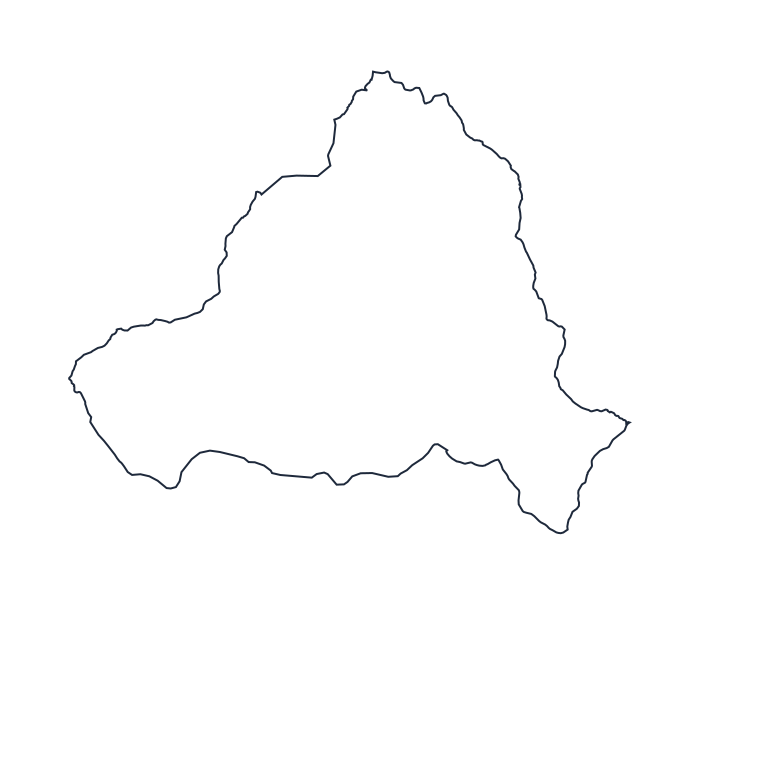 Botiza, Maramures, Romania (orthographic projection), rotated 316°
{"feature_id": "2599482B81010810269587", "entity_name": "Botiza", "entity_type": "district", "adm_level": 2, "iso_a3": "ROU", "parent_name": "Romania", "parent_adm1": "Maramures", "projection": "orthographic", "projection_center": [24.135, 47.644], "detail": "fine", "context": "isolated", "style": "outline", "palette": "slate", "viewbox_px": 768, "rotation_deg": 316, "n_neighbors": 0, "source": "geoboundaries", "source_scale": "gbopen_adm2", "svg_char_len": 6166}
<svg xmlns="http://www.w3.org/2000/svg" viewBox="0 0 768 768"><g transform="rotate(316 384 384)"><path d="M533.9,582.3L533.2,581.0L530.9,580.6L532.1,579.2L532.3,578.2L532.2,577.7L531.9,576.9L531.2,576.3L531.2,574.6L529.9,572.2L529.9,571.6L530.3,569.9L530.0,569.3L529.0,568.3L528.7,566.9L529.2,565.0L528.6,563.2L527.9,561.6L526.7,561.3L526.6,561.0L526.6,560.5L526.2,558.9L526.6,558.4L526.5,557.6L525.6,556.3L521.6,554.8L520.6,553.6L519.9,551.7L519.3,550.6L514.5,548.0L513.6,546.9L513.2,544.9L512.3,543.5L510.2,539.4L509.5,537.5L508.1,530.9L507.7,527.7L508.1,524.9L507.8,518.2L508.2,512.7L507.6,510.6L508.3,509.1L508.5,507.4L510.7,504.3L511.7,502.3L512.0,501.5L512.3,499.4L512.1,497.8L512.3,497.1L515.5,494.1L516.5,493.5L520.0,492.3L522.9,490.3L525.3,488.3L529.3,486.2L532.8,485.9L539.5,482.9L541.9,481.2L544.3,478.8L545.2,476.8L545.7,474.9L546.7,473.7L551.8,470.3L551.8,466.3L551.2,465.3L550.0,464.4L549.5,463.4L548.5,456.1L547.4,453.4L546.2,452.0L546.0,450.9L546.2,449.9L548.1,448.2L549.1,446.9L553.7,439.6L556.2,433.5L556.3,432.3L554.9,429.8L557.8,423.2L557.9,421.0L557.7,419.3L558.4,418.2L559.6,417.0L561.9,415.3L566.2,413.3L568.5,410.1L570.5,409.1L572.4,404.2L573.7,402.5L575.5,395.9L578.0,388.6L578.1,387.5L579.8,383.4L581.4,380.4L582.1,378.4L582.6,375.1L581.5,372.5L581.2,370.8L581.3,369.2L582.6,368.3L588.6,366.7L593.4,362.3L597.6,359.5L600.9,355.5L603.7,351.4L603.9,350.7L609.7,347.4L611.9,346.9L613.1,345.2L614.0,344.5L615.1,342.9L617.2,337.9L617.6,337.5L618.9,337.2L620.6,335.2L619.9,334.8L620.1,334.4L621.1,334.1L621.8,333.2L623.2,329.7L624.7,328.5L625.8,326.3L625.7,321.7L625.4,320.9L624.9,317.9L625.8,315.8L626.9,315.1L627.9,310.0L627.6,306.1L626.9,304.7L625.2,303.2L624.8,301.9L624.7,300.1L624.9,297.0L624.4,290.4L624.0,288.4L621.5,281.2L621.5,280.3L622.9,278.5L623.0,278.0L622.1,276.3L621.8,275.2L620.9,274.3L620.2,273.2L618.6,271.8L618.0,270.5L618.0,268.7L617.2,266.7L616.5,261.7L617.9,256.7L619.1,255.5L620.6,253.3L621.4,252.0L621.7,250.2L622.9,248.3L623.6,244.7L623.8,241.9L624.3,239.6L624.5,235.0L625.3,232.2L625.1,230.7L624.8,230.3L624.9,228.5L626.7,224.7L628.7,222.2L629.3,220.4L629.5,219.3L628.9,217.0L628.4,216.5L625.5,215.7L620.9,212.2L618.7,212.1L616.1,213.1L614.3,213.3L612.2,212.8L609.9,211.6L609.4,211.6L608.4,210.6L608.4,210.3L609.5,207.5L610.8,206.0L611.8,204.4L613.4,200.5L615.0,195.6L612.9,193.2L611.2,192.5L609.8,192.5L607.4,191.5L606.6,190.9L604.0,187.3L603.8,186.6L603.9,185.4L605.5,182.0L605.7,179.6L601.3,174.1L601.1,172.3L601.2,169.0L602.2,166.7L603.0,165.7L604.2,163.4L603.8,161.8L602.9,161.2L600.7,160.7L598.6,159.2L594.5,153.9L593.1,151.7L589.9,154.4L586.4,156.5L585.9,155.9L582.9,157.0L580.7,156.7L577.7,156.9L576.3,157.5L575.7,158.1L575.7,160.5L575.4,160.6L572.4,156.8L567.2,154.4L561.5,155.9L559.5,157.7L557.6,158.0L556.7,158.7L554.4,159.3L553.0,159.0L552.1,159.7L549.6,159.8L549.2,160.6L548.5,161.0L542.7,162.1L541.4,161.3L537.5,161.6L534.4,160.5L531.9,159.3L529.1,163.9L514.9,175.7L503.5,180.1L502.2,181.0L497.1,189.7L480.8,188.4L465.9,173.4L454.7,164.3L427.5,162.6L427.9,160.5L426.6,157.8L425.4,157.1L421.6,160.1L419.8,161.1L416.2,161.5L412.6,162.6L410.6,163.7L409.1,165.3L405.3,166.1L404.1,166.8L400.9,166.7L399.8,166.2L398.0,166.4L397.2,165.6L389.1,166.5L386.2,166.4L385.1,167.1L380.2,169.2L373.6,168.5L371.4,169.4L367.4,172.9L365.8,174.7L362.7,176.8L362.2,180.0L359.9,182.6L356.8,183.2L354.7,183.3L351.0,184.6L349.1,184.5L347.2,184.9L344.4,186.4L341.8,188.9L340.3,191.2L336.1,195.7L331.6,201.2L330.5,203.1L329.6,203.7L327.4,204.0L322.4,202.8L318.9,202.7L313.4,201.0L309.7,201.6L305.6,204.3L301.7,204.3L299.2,203.3L296.6,201.8L288.2,198.8L278.2,192.5L273.3,191.5L272.0,190.5L271.5,188.8L270.3,186.7L267.9,183.0L266.2,181.1L265.1,179.3L264.1,178.9L261.9,178.8L259.8,179.3L255.1,177.9L254.0,176.7L252.7,176.0L249.8,173.1L243.9,169.0L241.3,167.7L236.7,167.4L234.5,165.2L233.5,163.2L233.4,161.6L230.5,159.6L229.5,159.2L228.9,160.0L226.9,160.8L224.9,160.8L222.7,159.8L219.6,160.6L218.3,161.5L216.3,161.4L212.8,162.2L209.6,162.3L207.0,161.5L203.2,159.3L197.3,157.8L195.4,157.6L188.4,154.5L184.8,154.5L178.2,153.7L176.1,155.7L174.2,156.4L170.9,158.1L168.9,158.5L165.0,160.8L161.8,161.0L161.1,161.6L161.2,164.5L160.8,165.4L160.0,166.4L160.4,168.8L160.3,169.7L159.4,170.2L159.4,170.7L159.0,171.3L156.8,173.4L156.4,174.4L156.5,175.5L157.0,176.5L157.5,177.0L158.9,177.7L159.6,178.6L159.6,180.1L159.1,181.7L156.8,188.9L156.1,190.0L155.2,190.8L151.0,199.5L150.4,204.4L146.3,207.3L143.3,222.2L143.1,230.2L142.5,236.8L141.3,247.8L140.4,252.2L140.0,256.0L140.3,258.1L140.2,259.6L139.8,262.6L138.5,269.3L139.6,274.4L146.1,279.7L151.1,287.4L154.0,296.3L155.3,307.8L158.0,311.0L162.7,313.6L169.4,312.0L177.1,306.7L193.4,304.5L203.8,305.6L212.5,311.0L218.7,318.9L228.4,334.2L231.8,340.2L232.4,346.1L236.7,350.6L241.1,359.4L242.4,367.6L241.6,370.3L246.2,377.4L267.0,401.2L273.0,402.0L279.4,406.1L280.9,409.7L280.0,423.5L285.5,428.4L289.7,429.1L297.0,428.4L305.2,432.0L313.6,439.8L322.6,453.7L329.9,459.9L333.8,460.0L340.6,461.9L347.9,462.0L360.2,464.3L367.9,464.2L376.3,462.4L378.4,462.6L380.9,464.7L383.5,475.6L382.1,475.6L381.5,476.8L381.1,478.2L380.9,481.5L381.2,485.0L382.5,490.1L384.5,493.0L386.3,496.7L387.0,497.7L391.9,500.6L392.6,501.7L393.6,505.0L394.6,507.0L395.8,508.9L398.0,511.4L400.4,512.9L401.5,513.0L402.8,513.6L406.5,514.5L410.8,516.0L413.5,517.6L413.5,518.6L412.2,523.4L410.1,528.0L409.5,533.9L409.0,536.1L408.0,538.3L407.7,539.7L407.6,545.2L407.2,548.0L407.2,554.0L406.7,555.1L405.8,556.3L399.9,561.2L397.3,564.2L395.5,571.8L395.7,573.2L396.9,575.4L399.7,579.8L400.3,583.5L400.4,590.2L400.7,592.4L402.3,597.1L402.6,599.6L402.5,601.9L402.7,603.5L403.7,606.3L404.9,610.5L406.0,612.3L407.5,614.1L409.8,615.4L415.0,616.3L416.8,613.9L420.2,611.4L422.6,609.9L425.7,609.2L430.8,606.9L436.1,607.7L439.5,607.1L442.0,604.7L442.8,603.0L443.9,601.4L446.4,599.5L447.9,597.4L449.8,595.8L456.2,593.9L457.1,593.8L460.0,594.6L460.9,594.4L466.9,590.4L468.1,590.1L468.9,589.3L475.9,587.8L476.8,587.3L479.3,584.3L480.2,583.5L481.6,582.9L485.5,582.1L492.8,582.1L496.4,583.1L499.7,584.8L502.1,585.4L509.2,583.3L510.6,583.2L524.4,584.5L525.5,584.2L529.5,582.3L532.0,581.9L533.9,582.3Z" fill="none" stroke="#1e293b" stroke-width="2"/></g></svg>